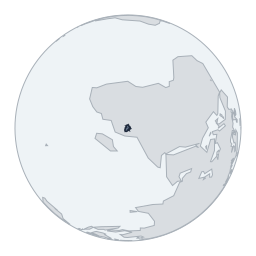 Ruvuma on an orthographic globe, rotated 107°
{"feature_id": "TZA-3389", "entity_name": "Ruvuma", "entity_type": "Region", "adm_level": 1, "iso_a3": "TZA", "parent_name": "United Republic of Tanzania", "parent_adm1": "", "projection": "orthographic", "projection_center": [36.042, -10.46], "detail": "fine", "context": "on_globe", "style": "filled", "palette": "slate", "viewbox_px": 256, "rotation_deg": 107, "n_neighbors": 0, "source": "natural_earth", "source_scale": "10m", "svg_char_len": 6937}
<svg xmlns="http://www.w3.org/2000/svg" viewBox="0 0 256 256"><g transform="rotate(107 128 128)"><circle cx="128" cy="128" r="113" fill="#eef3f6" stroke="#a8b0b8"/><path d="M15.8,118.5L15.8,118.9L15.7,123.2L15.5,126.4L15.8,126.6L15.9,128.5L18.8,128.6L21.8,132.0L22.7,138.8L22.2,147.8L26.2,165.1L26.4,172.6L29.6,179.6L35.1,190.5L34.8,191.1L38.0,195.3L40.5,198.8L41.2,199.8L44.0,203.1L38.8,196.8L34.0,190.0L29.6,182.9L25.8,175.4L22.6,167.7L19.9,159.8L17.9,151.7L16.4,143.5L15.6,135.2L15.4,126.9L15.8,118.5ZM46.0,205.2L46.2,205.4L46.7,205.9L46.0,205.2ZM62.2,219.4L64.1,220.7L66.3,222.2L66.0,222.0L62.2,219.4ZM59.0,216.7L57.5,215.2L58.1,215.6L59.3,216.7L59.0,216.7ZM227.7,75.6L230.2,81.8L229.2,82.6L229.7,84.3L227.8,81.3L227.5,83.9L232.9,96.6L233.6,99.8L232.1,104.2L231.6,101.7L226.5,93.6L227.2,101.1L231.1,109.4L232.5,117.9L230.3,114.1L228.6,106.6L226.8,103.6L226.1,96.8L222.4,86.3L220.0,87.0L219.0,83.2L213.5,74.4L209.4,75.4L203.6,83.6L204.7,93.6L201.9,97.5L193.9,81.9L190.5,72.4L187.5,72.8L179.4,64.5L164.9,62.7L163.0,60.4L160.3,61.3L154.6,58.8L151.7,55.2L148.2,55.3L155.9,64.9L159.7,65.0L163.0,61.6L164.5,65.1L170.0,68.6L163.4,76.8L142.2,84.0L140.4,76.6L125.6,57.9L126.1,55.9L126.1,55.7L125.9,55.3L124.3,58.5L121.8,55.2L129.5,67.5L130.7,73.3L141.9,84.4L140.8,85.6L144.5,88.0L156.6,85.6L156.7,88.1L150.8,99.9L134.2,116.7L136.6,128.7L135.6,139.1L125.7,146.3L127.0,154.6L121.9,157.7L121.8,162.5L117.9,167.9L111.4,173.2L99.7,174.0L98.7,169.6L92.3,161.4L83.4,141.9L86.0,132.6L84.8,125.9L76.4,112.0L78.3,103.7L76.1,100.7L71.6,102.1L69.1,98.6L66.4,98.9L50.0,104.9L45.2,101.1L40.2,88.1L43.4,81.7L44.5,75.3L66.9,50.9L71.0,51.1L88.0,46.3L90.0,46.7L87.4,51.1L99.6,55.3L104.3,51.3L116.0,53.7L124.2,53.5L128.2,45.5L114.8,45.6L113.1,42.0L124.3,38.7L136.1,39.3L135.8,38.0L128.9,34.9L132.1,32.8L126.5,33.8L128.4,35.1L125.0,35.9L123.0,34.9L124.3,34.0L120.9,33.5L115.9,38.2L117.3,40.0L108.1,41.2L109.5,44.5L106.8,46.3L103.4,41.5L104.1,39.6L97.4,35.5L95.8,37.5L102.0,41.7L99.8,41.4L97.7,44.7L97.6,42.1L91.3,37.5L83.3,39.8L72.1,49.0L67.7,50.6L64.3,50.0L69.3,41.9L78.8,39.3L80.7,37.0L79.6,34.6L82.5,34.2L83.2,33.0L86.9,32.2L92.8,28.9L96.6,28.2L99.8,25.1L102.1,24.5L99.6,26.4L99.9,27.5L109.5,26.5L111.6,25.8L112.9,24.0L115.3,24.2L115.3,22.6L121.2,21.9L114.0,21.7L115.3,20.2L119.2,19.1L118.4,18.7L111.9,20.6L110.5,21.5L111.3,22.3L106.3,25.4L102.9,26.2L103.2,23.2L98.3,24.3L100.7,22.0L116.7,17.3L123.0,16.6L131.8,17.9L129.9,18.5L125.8,18.2L128.8,19.6L128.9,18.9L131.0,19.2L132.7,18.3L134.3,18.5L133.3,17.5L135.4,17.7L136.0,18.3L140.3,17.7L144.9,18.2L145.1,18.0L144.1,17.6L150.6,18.8L150.5,18.6L148.3,18.1L146.7,17.5L146.3,17.1L148.6,17.5L149.0,17.7L153.3,19.0L154.1,19.9L155.0,20.0L154.8,19.5L149.6,17.8L148.8,17.5L151.5,18.1L150.5,17.8L153.1,18.3L150.2,17.6L150.3,17.6L158.4,19.5L166.3,22.1L174.0,25.2L181.5,28.9L188.7,33.1L195.5,37.8L202.0,43.1L208.1,48.8L213.7,54.9L218.9,61.4L223.5,68.3L227.7,75.6ZM58.6,61.8L57.8,63.7L58.6,61.8ZM148.3,44.7L155.5,45.5L152.7,40.7L155.3,40.8L153.4,39.3L152.5,40.4L147.9,36.5L151.2,35.6L150.5,33.8L148.1,33.5L142.8,35.9L149.3,41.3L147.5,43.0L148.3,44.7ZM83.6,28.7L84.5,28.9L82.7,30.3L77.9,32.1L80.5,30.1L83.6,28.7ZM86.3,29.1L88.0,26.1L91.1,25.2L89.1,26.1L90.9,25.8L88.2,27.3L89.5,29.6L88.0,31.0L79.9,33.2L83.4,31.6L82.2,31.3L86.3,29.1ZM86.8,23.4L87.6,22.9L93.3,21.3L91.9,21.9L87.0,23.6L85.7,23.8L86.8,23.4ZM96.6,19.8L96.4,19.9L96.6,19.8ZM95.1,20.3L95.4,20.2L94.6,20.4L95.1,20.3ZM92.7,44.9L94.3,44.8L97.0,44.4L95.7,46.6L92.7,44.9ZM88.2,41.8L89.8,41.3L89.2,43.8L87.5,44.0L88.2,41.8ZM91.1,39.1L89.9,41.1L89.5,40.1L91.1,39.1ZM101.1,26.0L102.8,25.6L102.8,26.0L101.6,26.7L101.1,26.0ZM122.4,15.5L122.6,15.5L119.7,15.7L118.7,15.8L119.3,15.7L122.4,15.5ZM125.7,46.8L123.0,48.3L121.9,47.6L123.0,47.2L125.7,46.8ZM108.4,47.1L112.2,48.0L108.1,47.7L108.4,47.1ZM122.3,15.6L122.0,15.5L123.3,15.5L122.3,15.6ZM168.4,199.8L169.0,201.6L167.3,201.5L168.4,199.8ZM155.1,138.0L147.6,156.5L142.2,156.4L141.1,150.8L143.8,139.5L150.0,136.5L153.1,131.6L155.1,138.0ZM238.2,143.9L238.5,145.3L238.4,145.8L238.2,143.9ZM238.1,141.1L238.5,142.3L237.8,142.1L238.1,141.1ZM238.7,142.8L239.1,142.9L239.4,142.5L239.2,143.5L238.7,142.8ZM237.6,140.5L234.3,136.8L232.6,134.0L233.3,132.4L236.0,135.1L237.6,140.5ZM233.1,132.3L230.3,124.9L224.4,107.0L226.5,108.1L232.3,120.1L232.0,121.5L233.7,127.0L233.1,132.3ZM239.1,127.5L238.7,132.2L237.1,129.8L236.2,128.1L235.7,121.2L236.0,118.4L236.8,119.2L238.5,111.5L239.3,115.1L239.2,118.7L239.8,123.7L239.1,127.5ZM205.2,94.6L208.0,101.3L206.3,101.9L205.2,94.6ZM238.1,105.5L238.1,108.8L237.7,103.9L238.1,105.5ZM237.2,100.6L237.7,102.9L237.0,100.2L237.2,100.6ZM230.7,87.3L229.9,87.0L229.4,85.5L230.1,84.9L230.7,87.3ZM230.6,81.4L231.5,83.5L232.0,84.8L230.7,81.8L229.8,79.9L230.6,81.4ZM142.3,16.3L139.6,16.2L139.3,16.6L141.6,17.2L137.2,16.6L137.7,16.0L142.3,16.3ZM222.9,188.7L223.6,187.5L219.3,189.3L219.4,187.0L221.8,184.0L226.7,172.7L226.8,173.3L229.7,166.3L233.6,163.6L237.2,155.1L236.8,157.3L234.2,165.5L231.0,173.6L227.2,181.3L222.9,188.7ZM238.7,146.8L239.4,144.2L239.4,144.6L238.7,146.8ZM240.4,135.4L240.5,134.1L240.5,134.3L240.4,135.4ZM240.1,125.5L240.2,128.9L240.5,128.2L240.2,130.1L240.1,136.0L239.9,137.7L240.1,131.3L239.6,136.7L239.4,136.0L239.6,130.8L240.0,125.5L240.2,123.6L240.6,125.0L240.1,125.5ZM240.0,115.6L239.5,112.0L239.5,112.7L239.2,110.1L240.0,115.6ZM238.6,106.6L238.8,107.5L238.8,108.0L238.4,105.9L238.6,106.6ZM238.5,106.5L237.9,103.7L238.2,104.7L238.5,106.5ZM237.8,102.8L236.9,99.6L234.4,91.0L234.6,91.6L236.4,97.5L237.6,102.2L237.8,102.8Z" fill="#d9dde1" stroke="#a8b0b8" stroke-width="1"/><path d="M125.2,128.2L125.3,128.1L125.6,128.0L125.6,127.9L125.8,127.8L126.0,127.7L126.2,127.4L126.4,127.2L126.3,126.9L126.2,126.7L126.3,126.6L126.6,126.3L126.9,126.1L127.0,126.1L127.1,125.9L127.3,125.9L127.5,125.8L127.6,125.6L127.7,125.8L127.8,125.8L127.8,126.0L127.7,126.1L127.6,126.3L127.5,126.5L127.4,126.5L127.5,126.7L127.8,126.7L128.0,126.5L128.3,126.6L128.5,126.6L128.8,126.4L128.8,126.2L128.9,126.3L128.9,126.5L129.0,126.6L129.0,126.8L128.8,126.9L128.9,127.0L129.0,127.0L129.2,126.9L129.4,126.8L129.5,126.6L129.8,126.4L130.0,126.3L130.1,126.2L130.1,126.4L130.1,126.5L129.8,126.8L129.7,126.9L129.6,127.0L129.6,127.3L129.7,127.5L130.2,127.7L131.2,127.9L131.3,128.0L131.5,128.2L131.5,128.3L131.6,128.5L131.8,128.7L131.8,129.1L132.0,129.6L131.9,129.6L131.7,129.6L131.5,129.8L131.4,130.0L131.2,130.2L131.1,130.3L130.9,130.3L130.8,130.5L130.7,130.5L130.5,130.4L130.4,130.4L130.1,130.4L129.9,130.2L129.7,130.2L129.4,130.3L129.2,130.4L129.2,130.5L128.9,130.5L128.9,130.4L128.6,130.4L128.5,130.5L128.4,130.4L128.3,130.2L128.2,130.2L127.9,130.1L127.8,129.9L127.7,129.9L127.5,130.0L127.4,130.0L127.2,130.2L127.1,130.3L127.1,130.2L127.0,130.3L127.0,130.2L126.9,130.2L126.7,130.2L125.9,130.2L125.8,129.9L125.7,129.8L125.7,129.7L125.4,129.5L125.4,129.4L125.2,129.3L125.2,129.2L125.3,129.0L125.3,128.9L125.3,128.7L125.3,128.4L125.3,128.2L125.2,128.2L125.2,128.2Z" fill="#64748b" stroke="#1e293b" stroke-width="1.5"/></g></svg>